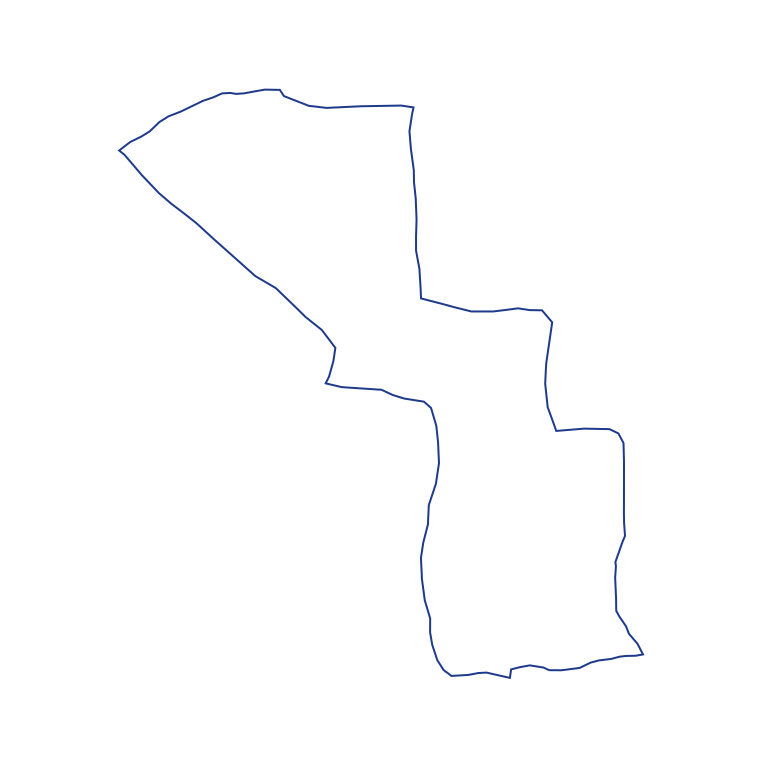 Esan North-East, Edo, Nigeria (Robinson projection), rotated 279°
{"feature_id": "59680162B23598949397905", "entity_name": "Esan North-East", "entity_type": "district", "adm_level": 2, "iso_a3": "NGA", "parent_name": "Nigeria", "parent_adm1": "Edo", "projection": "robinson", "projection_center": [6.377, 6.787], "detail": "fine", "context": "isolated", "style": "outline", "palette": "blue", "viewbox_px": 768, "rotation_deg": 279, "n_neighbors": 0, "source": "geoboundaries", "source_scale": "gbopen_adm2", "svg_char_len": 2081}
<svg xmlns="http://www.w3.org/2000/svg" viewBox="0 0 768 768"><g transform="rotate(279 384 384)"><path d="M661.8,369.9L661.7,357.4L658.2,337.6L654.7,317.7L647.7,284.0L647.0,266.1L652.7,240.2L658.2,235.1L656.1,220.2L652.7,210.3L649.2,200.4L647.4,192.5L647.4,186.5L645.7,178.6L640.5,170.7L635.3,160.8L628.4,150.9L621.5,141.0L614.6,129.2L607.7,121.3L598.1,114.0L597.3,113.5L590.4,105.6L583.5,95.7L580.1,92.4L573.2,85.9L569.7,91.9L562.9,99.9L552.6,111.9L537.2,132.0L528.6,146.0L520.0,162.0L513.2,174.0L501.2,192.1L485.8,216.1L470.4,240.1L461.8,262.1L446.4,284.2L437.8,296.2L427.6,314.2L412.1,330.3L403.5,330.4L398.4,330.4L382.9,328.6L375.5,326.3L374.3,342.6L374.7,347.3L375.6,357.3L376.0,361.5L377.9,382.4L374.5,394.3L373.0,404.7L372.8,406.3L372.8,420.2L372.8,426.2L367.7,434.2L352.8,441.3L350.5,442.3L335.0,446.5L314.4,450.7L301.2,450.8L293.7,450.9L271.4,447.2L256.9,448.8L252.4,449.4L248.8,449.0L248.4,449.0L233.5,447.6L218.0,447.7L214.7,448.4L211.7,449.0L198.7,451.7L197.4,451.9L195.5,452.5L182.2,456.5L176.8,458.1L159.6,466.3L145.8,468.4L133.8,472.5L119.5,479.9L110.9,487.6L109.4,490.1L108.7,491.8L106.2,496.2L109.8,512.6L110.8,515.5L113.3,522.5L115.0,530.4L113.9,547.1L113.4,554.3L122.0,554.2L125.4,562.1L128.9,572.0L128.9,574.1L128.9,585.7L128.9,586.0L127.2,591.9L129.0,603.9L130.7,609.8L132.5,616.0L134.2,621.7L141.1,631.6L144.6,639.5L148.0,651.4L151.5,659.3L153.2,665.3L155.0,675.2L157.4,682.1L167.0,675.1L175.6,665.0L182.5,661.0L186.2,657.5L191.1,652.9L196.2,648.9L197.8,648.6L208.3,646.8L228.9,642.6L240.1,641.6L244.4,640.4L265.0,644.2L271.7,645.8L284.2,642.9L294.9,641.0L298.4,640.5L306.7,639.2L320.0,637.1L344.8,633.2L363.1,629.8L371.8,623.3L374.7,613.8L371.2,588.5L364.6,561.5L375.0,555.8L386.7,549.3L409.3,543.2L421.7,541.8L429.9,541.0L452.3,540.7L471.2,540.5L481.5,528.5L479.8,516.5L479.7,504.6L476.2,492.7L472.8,480.8L469.3,459.0L470.9,441.0L472.6,425.1L474.3,407.2L484.6,405.1L503.5,400.9L520.7,394.8L534.5,392.6L551.7,390.4L572.3,386.3L587.8,382.1L599.8,380.0L620.4,373.8L637.6,369.6L654.8,369.5L661.8,369.9Z" fill="none" stroke="#1e3a8a" stroke-width="2"/></g></svg>